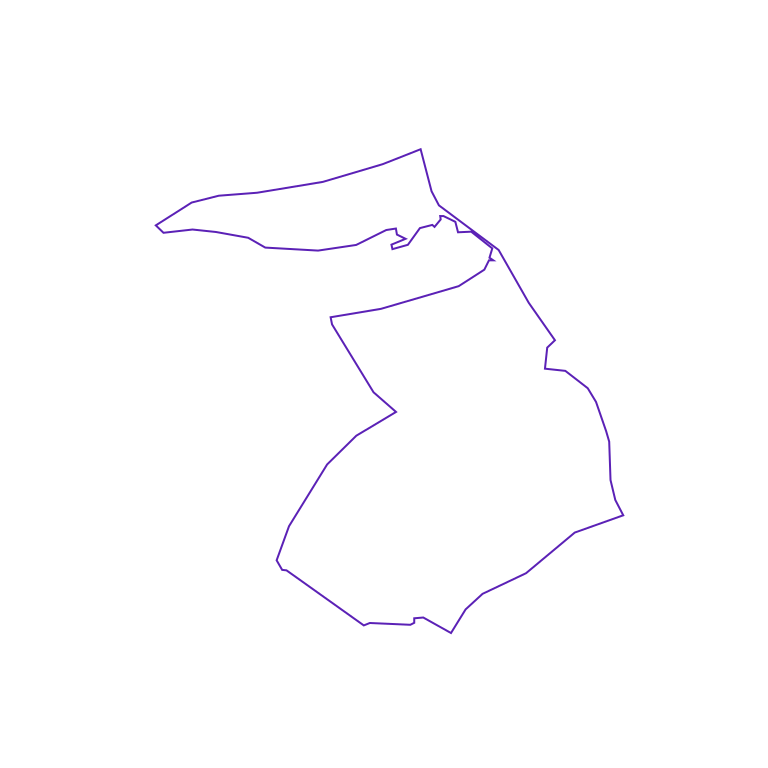 outline of Donaghmede Lea-5, Dublin, Ireland, rotated 202°
{"feature_id": "5873133B22285144111595", "entity_name": "Donaghmede Lea-5", "entity_type": "district", "adm_level": 2, "iso_a3": "IRL", "parent_name": "Ireland", "parent_adm1": "Dublin", "projection": "orthographic", "projection_center": [-6.157, 53.388], "detail": "fine", "context": "isolated", "style": "outline", "palette": "violet", "viewbox_px": 768, "rotation_deg": 202, "n_neighbors": 0, "source": "geoboundaries", "source_scale": "gbopen_adm2", "svg_char_len": 1054}
<svg xmlns="http://www.w3.org/2000/svg" viewBox="0 0 768 768"><g transform="rotate(202 384 384)"><path d="M160.3,423.4L180.7,446.8L193.5,456.4L220.8,464.1L240.5,458.5L246.3,478.9L241.9,488.6L280.2,513.5L327.9,551.2L400.0,570.2L412.1,580.5L438.0,615.4L467.6,587.3L516.4,548.5L573.3,513.8L607.7,496.7L630.3,480.2L655.0,445.6L645.1,441.6L619.4,455.5L596.7,462.0L564.7,468.7L545.2,466.0L495.1,483.0L461.9,502.5L439.6,527.6L431.2,532.6L428.0,527.4L418.4,526.7L429.3,516.0L426.7,512.2L414.0,522.0L409.1,542.0L398.8,549.6L396.0,548.6L393.1,557.8L394.8,560.8L391.7,562.0L378.6,561.1L372.2,552.4L360.2,557.9L334.4,550.3L333.5,540.6L329.0,539.6L333.0,538.0L333.8,527.6L351.4,502.7L414.9,452.6L458.5,425.9L454.5,419.8L390.6,372.4L362.4,362.6L390.3,325.7L406.6,288.1L418.8,216.6L417.5,180.3L408.8,173.5L404.6,174.7L312.3,152.6L307.6,157.1L269.4,170.6L266.5,173.9L268.2,178.1L260.1,182.2L228.6,178.2L223.9,205.6L214.0,226.4L181.4,261.8L151.5,317.7L113.0,351.9L126.1,363.1L138.0,379.8L153.6,414.9L160.3,423.4Z" fill="none" stroke="#5b21b6" stroke-width="2"/></g></svg>